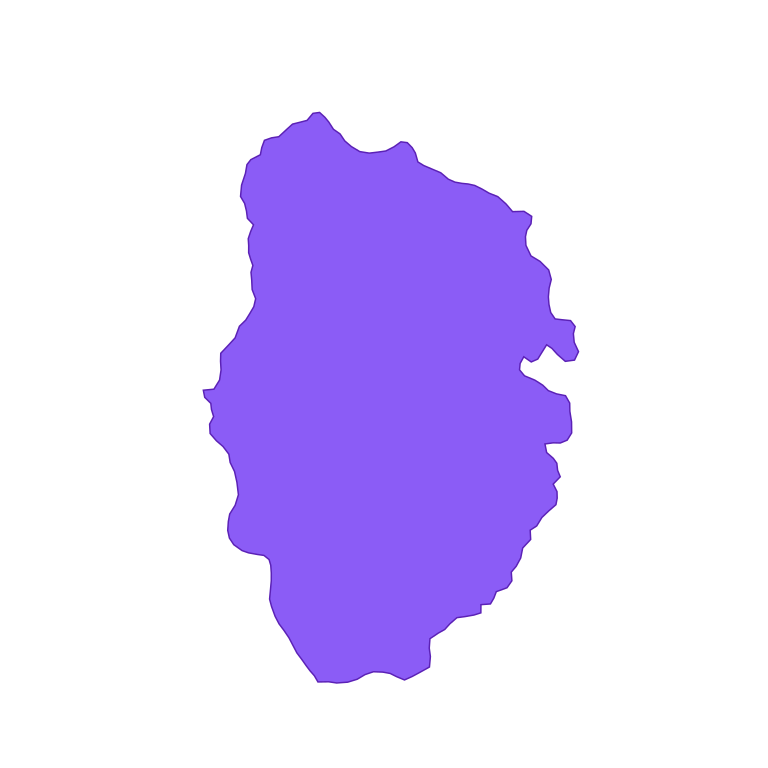 the district of Pedrinópolis, Minas Gerais, Brazil, rotated 63°
{"feature_id": "56859067B59580364886114", "entity_name": "Pedrinópolis", "entity_type": "district", "adm_level": 2, "iso_a3": "BRA", "parent_name": "Brazil", "parent_adm1": "Minas Gerais", "projection": "orthographic", "projection_center": [-47.512, -19.19], "detail": "fine", "context": "isolated", "style": "filled", "palette": "violet", "viewbox_px": 768, "rotation_deg": 63, "n_neighbors": 0, "source": "geoboundaries", "source_scale": "gbopen_adm2", "svg_char_len": 2630}
<svg xmlns="http://www.w3.org/2000/svg" viewBox="0 0 768 768"><g transform="rotate(63 384 384)"><path d="M268.8,197.5L261.6,203.8L254.9,208.1L248.3,213.0L244.0,218.2L240.6,223.5L236.3,229.2L230.7,233.7L221.6,237.5L214.1,243.8L207.4,249.4L201.5,253.0L192.4,251.2L186.2,251.6L179.5,253.7L175.9,259.0L177.2,267.4L177.2,276.6L174.6,284.2L171.6,292.3L165.9,300.1L157.6,305.3L149.6,308.6L141.3,309.6L134.1,313.4L125.4,314.3L119.5,315.6L112.8,318.1L110.6,324.4L114.2,332.9L112.5,340.6L110.9,347.5L112.9,354.9L115.9,365.5L113.6,372.5L112.6,379.9L117.9,385.6L123.6,390.1L123.6,400.7L126.3,406.5L133.5,411.9L142.1,420.6L151.8,426.7L159.8,426.2L167.4,428.0L174.4,430.5L182.9,428.0L187.6,433.6L192.9,439.0L199.2,441.7L205.6,445.0L212.4,446.2L218.8,447.0L224.1,451.8L231.4,454.7L240.0,458.6L249.7,459.6L256.0,464.9L260.3,471.6L264.3,478.2L266.9,486.6L275.3,495.7L278.6,504.5L282.5,515.5L289.5,519.3L297.5,522.8L305.8,528.7L311.4,537.9L307.5,547.8L314.5,549.8L322.6,547.1L328.4,549.3L335.7,550.6L340.6,557.6L349.2,561.4L358.5,559.1L366.6,555.8L376.1,554.1L384.1,556.7L394.1,556.9L404.9,559.7L416.6,564.0L424.5,571.7L429.8,580.5L435.8,585.1L443.5,589.7L451.1,591.7L459.0,590.8L468.0,586.1L472.9,581.4L478.4,574.2L482.2,568.8L488.2,566.1L494.1,567.2L501.2,570.2L508.2,573.8L517.1,579.4L523.7,583.6L531.1,585.2L541.6,586.5L550.2,586.4L558.2,585.0L566.9,583.9L584.1,583.7L592.1,582.3L599.7,581.2L606.0,580.1L612.3,578.5L619.5,578.1L624.2,568.5L628.9,561.9L633.2,551.7L634.9,541.9L634.3,532.8L635.6,524.0L640.2,515.8L644.7,509.9L650.4,505.7L657.0,500.1L657.4,491.6L657.2,482.9L656.8,472.0L647.9,466.4L639.9,463.6L631.8,458.7L630.6,448.7L630.3,441.3L627.6,434.3L625.3,425.1L628.0,417.5L630.7,408.7L631.9,401.6L624.6,397.8L628.3,389.0L624.7,383.4L620.0,378.2L621.4,366.9L617.4,359.4L609.4,356.0L606.4,348.9L601.1,341.2L593.1,334.9L589.1,323.9L580.6,320.1L579.8,312.4L574.6,303.9L571.9,294.9L569.6,285.6L564.3,281.5L558.4,278.7L550.0,278.7L546.7,269.1L539.7,268.5L533.1,266.0L527.1,266.9L518.9,270.2L510.5,267.8L513.2,260.0L516.6,253.7L517.2,246.3L512.8,239.0L502.9,234.1L492.7,230.8L485.3,227.2L476.8,227.6L471.1,234.8L464.5,240.6L457.1,243.1L449.1,247.8L440.5,255.1L432.9,256.8L427.5,253.4L423.2,247.1L431.2,242.8L431.6,235.7L427.6,229.1L422.9,221.3L428.5,218.2L436.3,216.1L446.1,212.2L449.2,203.4L443.5,196.0L433.2,195.6L425.1,192.4L419.6,187.6L412.2,189.0L407.7,196.0L403.7,202.0L396.0,203.0L388.0,200.9L381.0,198.0L373.5,193.3L366.8,187.5L357.2,185.5L345.6,189.3L336.6,194.9L324.9,194.6L317.0,191.1L311.9,187.0L308.0,180.3L301.7,176.3L293.7,180.9L288.8,191.2L279.1,193.5L268.8,197.5Z" fill="#8b5cf6" stroke="#5b21b6" stroke-width="1.5"/></g></svg>